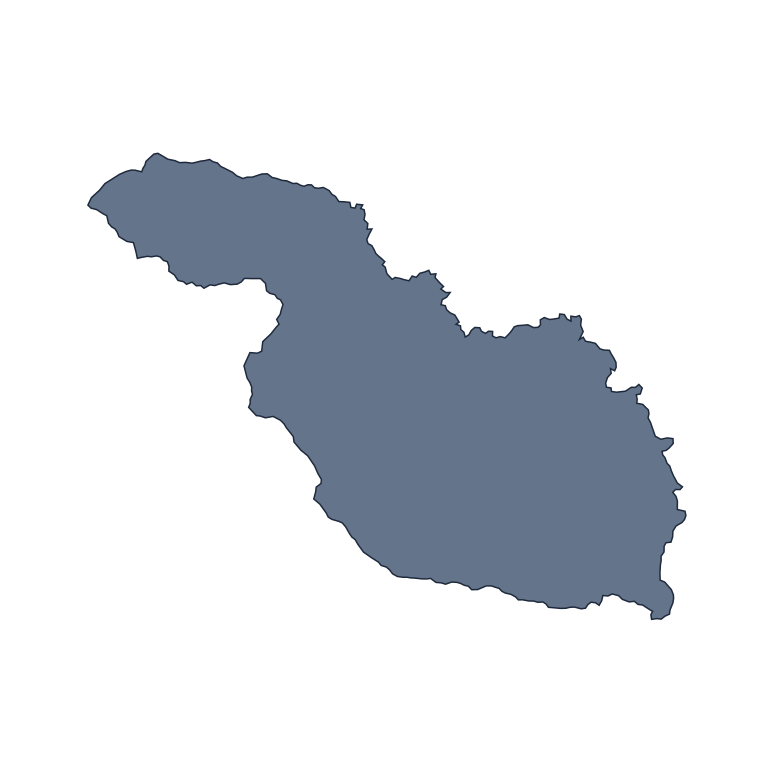 Perolândia, Goiás, Brazil, rotated 7°
{"feature_id": "56859067B36412367072332", "entity_name": "Perolândia", "entity_type": "district", "adm_level": 2, "iso_a3": "BRA", "parent_name": "Brazil", "parent_adm1": "Goiás", "projection": "albers", "projection_center": [-52.226, -17.486], "detail": "fine", "context": "isolated", "style": "filled", "palette": "slate", "viewbox_px": 768, "rotation_deg": 7, "n_neighbors": 0, "source": "geoboundaries", "source_scale": "gbopen_adm2", "svg_char_len": 4885}
<svg xmlns="http://www.w3.org/2000/svg" viewBox="0 0 768 768"><g transform="rotate(7 384 384)"><path d="M569.6,292.3L566.2,294.0L561.2,293.9L561.9,298.8L557.8,297.3L554.5,293.1L549.9,293.1L549.7,297.3L544.6,298.8L540.4,299.8L535.0,298.5L531.3,301.3L532.1,306.2L530.1,308.9L525.5,309.8L519.6,307.7L513.6,309.0L509.5,309.8L506.3,311.4L504.5,315.0L502.3,318.6L498.6,323.4L493.5,322.8L489.6,324.5L485.8,323.1L485.4,318.6L481.3,318.9L478.5,321.4L474.3,319.8L472.2,316.5L467.2,316.8L464.1,320.2L462.2,324.9L458.9,327.5L457.0,322.9L453.6,320.6L452.8,316.9L448.2,316.0L451.0,313.4L445.9,306.9L440.9,305.3L437.1,302.6L435.3,298.8L431.0,298.4L431.5,293.2L435.6,290.2L438.5,285.1L434.3,285.7L428.8,282.8L431.2,280.0L427.3,277.0L421.7,272.2L422.1,268.3L417.0,269.4L414.6,265.7L410.7,267.9L406.1,269.7L403.0,274.2L398.8,273.4L396.2,278.5L391.3,278.0L387.4,277.3L382.0,276.9L379.3,279.2L373.4,274.1L370.9,267.8L367.8,265.9L369.9,262.5L366.1,259.7L362.8,257.6L360.0,255.5L357.7,251.7L355.0,248.1L351.1,246.6L349.3,242.9L350.8,237.7L353.1,231.6L348.4,232.4L348.4,226.7L344.1,223.4L344.5,218.1L343.0,213.4L339.5,212.8L341.0,208.8L334.9,208.9L333.9,212.9L329.6,212.8L328.0,207.9L322.5,208.0L316.9,208.4L313.0,203.8L309.2,202.1L306.0,198.7L299.8,196.3L295.2,197.7L291.0,197.7L287.8,195.2L284.2,195.5L280.5,197.5L276.8,196.9L273.1,195.4L269.1,196.1L262.8,194.2L258.0,194.3L252.4,193.1L247.9,192.7L242.6,189.6L237.3,190.4L228.1,194.7L222.9,195.4L218.9,197.2L212.3,195.3L208.0,192.4L200.8,189.8L195.3,187.9L191.8,184.9L187.4,184.3L183.4,182.4L179.0,184.1L174.9,185.1L171.1,186.6L166.6,188.2L160.0,188.2L154.1,189.2L149.4,187.8L142.0,187.2L134.8,184.0L131.4,182.6L127.6,183.8L122.8,189.4L120.6,192.1L120.0,196.1L118.4,199.4L117.7,202.9L110.7,202.1L107.0,202.5L101.9,204.6L96.0,208.1L82.6,219.1L78.0,226.4L70.9,234.7L68.3,242.5L71.8,245.2L77.5,245.9L83.8,249.0L88.4,250.8L90.9,258.0L94.6,261.3L98.1,262.8L100.6,265.7L103.1,270.1L111.4,273.8L118.1,274.2L121.7,283.0L123.9,289.4L127.5,288.0L133.6,286.1L137.5,286.1L142.7,284.6L146.3,285.1L150.0,288.2L154.1,289.0L156.2,293.2L156.7,298.2L162.7,301.3L166.9,306.3L172.6,306.9L175.8,309.1L181.1,306.3L185.7,309.4L190.1,308.6L193.6,310.9L199.3,306.8L204.1,306.9L207.9,305.1L213.1,303.1L219.3,304.1L226.1,302.8L229.9,300.1L232.6,296.2L238.7,295.6L248.6,294.4L254.1,298.6L256.1,305.8L259.6,307.9L264.9,308.7L267.7,312.0L271.0,313.1L274.1,317.5L273.0,323.0L272.5,327.5L269.6,333.0L272.5,337.4L269.5,341.7L265.7,348.0L258.5,356.7L258.6,366.3L254.7,368.8L247.1,369.2L242.8,383.0L247.4,394.8L250.7,398.9L253.1,403.3L253.4,407.0L254.7,410.3L253.0,415.7L253.6,419.5L252.5,423.7L261.1,430.9L265.1,430.9L270.4,432.0L277.9,429.7L285.6,432.6L289.6,435.7L292.6,439.5L300.3,447.1L301.8,452.6L309.9,460.1L317.0,464.5L325.1,473.8L329.3,480.9L333.5,486.4L333.6,490.4L329.3,494.6L329.3,499.5L328.3,506.7L334.9,511.0L342.4,519.1L344.9,522.9L348.8,524.7L355.5,525.8L359.3,526.8L363.2,530.3L368.1,536.8L370.8,539.9L374.4,542.0L377.7,546.4L384.2,553.4L387.5,555.1L392.5,557.8L400.3,561.5L403.2,564.4L408.5,565.4L412.1,567.7L415.7,571.4L420.7,573.4L426.5,573.5L430.7,573.0L434.1,573.2L438.3,572.9L445.4,572.8L450.0,572.3L453.9,571.3L459.8,574.6L465.0,574.4L469.5,575.2L475.4,572.3L480.7,572.0L484.3,572.6L488.2,574.0L492.3,574.4L496.1,577.5L502.0,576.6L506.2,574.2L510.2,571.9L515.3,571.3L518.8,572.1L523.1,572.8L526.3,575.4L529.8,576.7L535.6,577.3L540.6,579.3L543.7,581.9L547.7,581.3L554.2,581.7L559.1,581.2L563.1,581.9L568.3,581.0L571.8,582.7L574.4,585.6L579.6,585.4L586.8,585.2L592.0,584.4L595.3,583.1L600.1,582.2L607.1,583.1L611.3,582.0L613.3,578.0L616.2,575.3L620.7,575.4L624.5,577.4L626.5,572.5L627.0,567.3L632.2,567.1L636.1,564.6L642.7,565.5L646.8,568.7L650.1,569.5L653.9,570.4L659.0,569.2L662.9,571.8L667.5,571.8L673.8,574.9L678.3,577.0L677.0,580.5L678.3,585.0L683.4,583.6L687.8,583.6L691.3,580.1L695.4,577.6L695.4,573.6L697.4,566.1L697.6,561.6L696.9,558.0L694.3,553.1L686.8,546.4L682.0,545.0L680.9,537.9L680.4,529.8L680.6,525.6L680.0,521.1L682.4,516.6L681.8,510.9L683.2,507.2L688.1,506.0L689.1,500.7L688.7,494.7L691.3,489.2L696.6,485.2L698.8,481.9L699.7,477.8L698.3,473.6L690.4,472.8L689.5,464.5L687.5,459.9L683.8,456.3L686.2,453.2L690.7,452.7L692.8,449.7L687.3,446.6L682.4,439.7L679.8,435.2L677.7,430.7L674.6,428.2L671.8,422.8L669.3,420.5L668.2,416.9L672.1,415.5L674.9,412.7L678.3,407.8L677.5,403.0L671.7,403.0L665.5,405.1L659.6,402.8L653.2,389.7L650.2,385.4L650.6,381.1L649.5,377.5L646.4,375.2L643.3,372.7L637.2,372.3L637.2,368.5L635.7,363.9L639.6,362.7L640.8,356.5L637.0,353.4L634.0,356.7L629.9,357.1L624.5,361.7L615.8,363.8L610.7,363.7L609.8,360.2L605.2,360.1L603.9,356.1L605.0,350.4L608.2,345.7L606.9,341.1L611.3,342.8L612.4,339.1L611.6,334.3L608.9,330.3L605.8,326.4L603.6,323.1L597.9,323.5L593.9,322.7L588.9,317.9L584.1,317.3L578.8,317.0L576.0,313.3L572.5,316.0L575.3,307.7L572.0,301.7L572.0,295.6L569.6,292.3Z" fill="#64748b" stroke="#1e293b" stroke-width="1.5"/></g></svg>